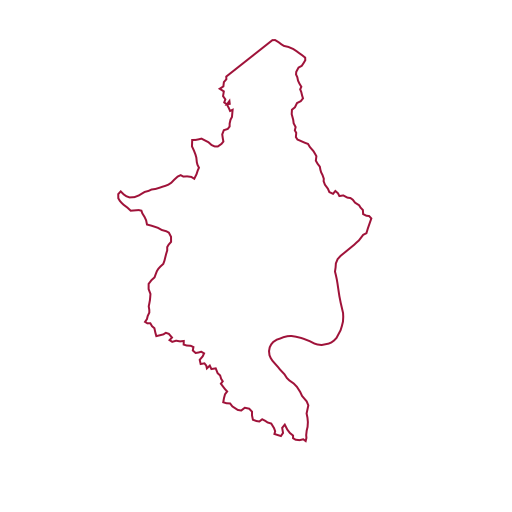 Ibitinga, São Paulo, Brazil, rotated 245°
{"feature_id": "56859067B39469666412393", "entity_name": "Ibitinga", "entity_type": "district", "adm_level": 2, "iso_a3": "BRA", "parent_name": "Brazil", "parent_adm1": "São Paulo", "projection": "mercator", "projection_center": [-48.852, -21.791], "detail": "fine", "context": "isolated", "style": "outline", "palette": "rose", "viewbox_px": 512, "rotation_deg": 245, "n_neighbors": 0, "source": "geoboundaries", "source_scale": "gbopen_adm2", "svg_char_len": 4089}
<svg xmlns="http://www.w3.org/2000/svg" viewBox="0 0 512 512"><g transform="rotate(245 256 256)"><path d="M415.0,384.4L418.6,382.6L421.9,380.7L424.5,379.3L427.9,377.2L431.8,373.7L434.6,370.1L437.2,368.4L440.1,366.9L443.6,364.6L444.7,362.1L431.2,304.9L428.7,303.8L427.2,300.4L423.5,298.1L422.9,293.8L418.8,296.4L414.8,293.7L410.9,294.4L408.6,292.1L405.7,293.7L401.4,293.9L398.4,293.8L398.4,296.6L395.5,294.9L392.2,293.0L390.3,290.5L387.2,288.1L384.5,286.8L383.1,284.1L383.6,280.0L380.5,276.8L376.9,275.7L373.5,274.8L372.2,272.1L371.4,267.7L372.8,264.8L375.4,262.6L379.2,261.0L385.4,256.2L386.0,253.2L386.7,250.4L388.1,247.2L382.4,244.3L377.6,244.3L373.4,244.0L370.4,243.5L366.0,242.0L363.4,241.5L360.1,241.6L358.2,239.4L355.2,236.6L352.1,232.7L355.0,230.8L357.3,227.2L358.7,223.7L361.1,221.9L361.1,218.6L359.7,214.1L358.2,210.2L357.7,206.7L357.9,203.4L358.3,200.7L358.6,197.7L359.2,193.4L360.4,189.4L360.4,186.2L361.1,182.2L360.8,179.1L360.4,175.5L360.7,170.8L362.5,166.2L365.0,163.7L367.8,162.1L371.7,160.7L370.3,157.3L366.5,155.6L363.5,155.9L361.1,156.6L358.5,157.6L354.2,159.9L350.0,161.6L347.2,169.1L345.5,171.3L342.7,171.0L338.4,171.5L334.8,171.5L330.6,170.5L327.8,173.9L325.1,176.8L323.0,179.0L319.4,181.6L316.3,185.2L314.0,186.9L309.3,187.1L304.7,185.0L303.2,181.6L301.6,179.3L298.6,177.9L295.7,175.3L290.4,171.0L288.0,168.6L286.9,165.0L285.7,162.1L284.2,159.8L281.5,157.0L279.5,155.0L278.3,151.1L276.1,146.9L271.4,144.7L266.2,144.3L263.0,142.5L260.8,141.2L258.0,139.2L255.7,137.5L252.2,136.5L249.8,135.4L247.4,132.5L244.9,130.5L243.2,127.6L240.9,129.1L239.7,131.8L236.3,132.1L233.5,133.4L229.1,132.4L225.5,131.8L224.8,135.3L224.1,139.0L224.5,141.8L222.3,144.1L217.6,145.4L216.3,142.1L213.6,143.8L213.0,147.8L210.7,151.1L209.5,154.6L206.3,153.0L204.2,155.3L202.2,158.9L199.9,160.8L197.1,158.8L193.6,160.3L192.8,163.3L192.4,165.9L189.7,167.8L187.6,165.3L185.7,161.1L181.5,160.2L180.5,163.9L177.7,164.6L174.9,164.0L176.2,167.8L172.4,167.8L171.2,172.0L166.0,171.7L162.9,173.0L159.4,172.5L156.5,172.9L155.1,170.2L151.3,171.0L148.6,171.6L145.4,172.6L143.8,169.5L140.7,166.9L137.3,164.5L135.1,166.9L133.3,170.2L129.7,171.0L124.2,174.4L122.2,177.3L123.2,181.7L120.5,185.3L116.6,186.6L113.2,185.0L108.9,184.0L106.2,186.7L104.6,189.1L105.4,192.6L102.7,194.7L100.3,196.1L97.7,199.0L92.4,199.6L89.1,199.3L86.9,197.5L84.2,200.4L82.3,202.5L84.2,205.7L89.2,207.1L91.0,210.8L85.5,211.0L81.3,211.9L77.6,213.7L75.2,212.6L72.8,214.2L70.7,217.6L69.9,221.4L67.3,222.8L69.8,224.8L72.5,225.8L76.4,228.2L79.3,230.5L83.5,232.8L87.7,234.3L91.9,235.3L95.2,237.8L98.5,240.3L102.8,240.5L109.7,238.6L114.1,238.6L120.1,237.8L124.5,236.3L129.2,233.6L132.4,232.4L136.8,231.8L140.7,230.5L143.2,229.7L145.8,229.1L150.1,227.8L154.3,226.6L157.3,226.2L160.4,226.3L164.3,227.6L167.5,229.9L169.5,232.5L170.8,235.3L171.4,239.5L171.0,243.0L170.8,246.7L170.0,250.7L168.6,254.2L166.1,257.9L162.7,262.2L160.7,264.3L156.1,268.7L152.0,271.9L149.9,274.2L147.6,277.8L145.9,284.8L145.8,287.7L146.4,290.9L147.7,294.3L152.9,301.2L156.2,304.2L159.8,307.1L163.9,309.3L167.5,310.8L177.9,313.0L184.4,314.6L191.2,316.6L196.9,318.3L200.5,319.3L204.9,320.3L208.5,321.0L212.0,323.3L215.6,325.3L218.7,328.7L220.4,332.8L224.7,349.8L225.7,352.7L226.6,355.8L229.9,362.1L230.0,365.7L233.8,369.1L241.3,376.4L244.4,375.4L245.9,373.0L248.7,370.8L252.5,372.3L255.7,371.2L258.4,370.9L262.5,368.3L266.1,367.5L268.6,366.1L270.3,363.5L274.0,360.7L275.1,356.9L278.2,356.8L281.4,355.4L279.8,352.1L282.9,349.5L286.6,349.6L291.5,348.6L295.2,348.9L297.4,350.1L301.2,350.5L304.3,350.4L306.9,350.8L310.0,351.6L313.6,350.8L317.1,350.5L320.9,352.9L323.7,352.7L326.7,352.4L331.9,350.9L335.6,350.5L337.7,348.4L339.6,346.7L341.8,344.8L344.0,342.8L346.9,342.4L350.6,344.5L353.5,344.3L356.1,346.4L360.3,346.2L363.8,347.3L369.5,348.3L373.4,350.4L374.3,354.1L377.3,357.8L377.4,362.0L379.0,365.2L381.9,365.6L385.4,366.3L388.4,366.5L390.2,368.6L394.0,368.2L397.2,368.2L400.6,369.0L403.6,369.0L405.9,370.3L408.8,374.2L409.0,377.8L410.7,380.6L412.6,383.4L415.0,384.4ZM405.7,293.7L407.7,297.4L405.0,296.5L405.7,293.7Z" fill="none" stroke="#9f1239" stroke-width="2"/></g></svg>